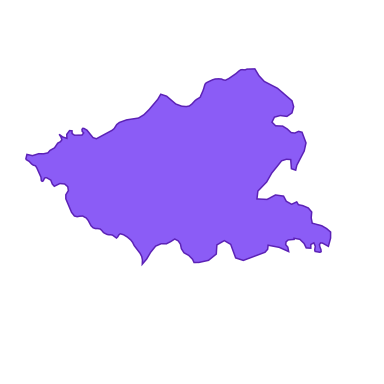 SVG path tracing the border of Bács-Kiskun, rotated 62°
{"feature_id": "HUN-3161", "entity_name": "Bács-Kiskun", "entity_type": "County", "adm_level": 1, "iso_a3": "HUN", "parent_name": "Hungary", "parent_adm1": "", "projection": "natural_earth1", "projection_center": [19.36, 46.529], "detail": "fine", "context": "isolated", "style": "filled", "palette": "violet", "viewbox_px": 384, "rotation_deg": 62, "n_neighbors": 0, "source": "natural_earth", "source_scale": "10m", "svg_char_len": 2811}
<svg xmlns="http://www.w3.org/2000/svg" viewBox="0 0 384 384"><g transform="rotate(62 192 192)"><path d="M232.4,269.8L228.8,267.7L225.4,266.7L221.8,266.6L212.2,268.2L208.6,268.1L205.6,268.6L201.5,270.2L197.6,272.5L195.2,274.9L195.5,276.7L196.7,278.6L197.2,280.3L192.8,282.4L191.6,283.8L190.8,285.4L189.6,286.9L186.8,288.9L185.4,289.4L183.6,289.7L181.5,290.5L180.1,292.3L178.9,294.5L177.2,296.1L174.4,297.0L168.3,297.0L165.2,297.6L163.8,298.6L161.9,299.8L160.7,302.4L159.9,305.0L158.0,307.1L153.4,307.9L138.8,306.6L135.2,304.7L132.7,300.5L129.0,299.2L125.1,300.7L122.5,304.7L122.3,310.9L119.4,311.6L115.2,311.1L111.2,313.6L110.7,314.4L110.5,315.1L110.7,315.9L112.0,317.7L112.4,318.6L112.2,319.3L111.2,319.7L108.0,318.4L97.8,317.7L95.4,317.9L93.7,319.6L91.9,320.5L88.5,321.4L85.7,323.1L84.7,323.1L81.3,320.1L85.0,315.8L86.2,309.4L88.5,305.3L89.8,300.9L88.6,297.8L88.5,292.7L85.8,287.6L85.8,284.6L84.8,282.4L81.8,281.9L78.7,282.2L82.6,280.4L85.9,277.3L82.3,275.5L80.3,271.3L81.6,269.2L84.1,270.4L86.7,269.1L90.1,262.5L89.0,259.9L86.9,260.5L85.0,259.7L84.5,258.5L85.2,257.5L88.1,255.7L97.5,253.9L100.1,251.4L100.0,233.6L99.5,231.0L97.1,226.8L96.5,223.5L97.6,215.9L101.6,204.5L101.2,198.1L99.1,191.2L94.1,178.7L91.0,173.7L95.5,169.4L106.7,165.0L111.4,160.8L113.9,156.9L114.8,154.0L114.3,150.9L112.7,146.3L112.4,144.5L112.3,142.0L112.0,139.9L111.0,139.0L110.4,138.1L107.6,134.6L107.0,134.0L106.4,133.3L103.5,130.5L102.5,129.1L102.3,127.4L102.4,124.6L102.6,121.1L103.1,118.5L104.5,115.5L106.1,112.9L107.6,111.8L109.0,110.1L109.1,106.2L108.1,97.5L107.2,93.8L107.0,91.6L107.5,90.3L108.3,89.1L109.1,87.7L109.3,85.8L112.8,78.7L120.7,78.3L128.3,76.3L140.6,67.8L158.4,60.9L164.4,62.2L169.1,66.6L169.8,72.7L165.9,78.2L164.6,84.1L167.9,88.6L172.8,87.1L176.4,81.0L181.1,78.3L186.1,76.6L188.2,73.6L188.5,69.4L190.9,66.8L202.2,68.3L208.5,73.7L217.6,86.9L221.4,90.2L218.1,93.3L209.7,89.6L207.4,93.3L206.5,98.3L209.4,104.9L212.7,112.7L218.2,121.4L222.1,133.4L228.6,137.9L233.8,129.2L233.8,119.7L238.6,113.1L244.5,113.1L249.6,109.8L249.9,104.2L253.2,104.0L256.0,100.6L260.7,96.8L265.9,95.7L270.8,98.9L276.0,100.5L282.8,93.2L287.5,90.3L292.4,88.4L297.8,91.3L304.0,97.1L298.3,100.8L297.3,102.4L298.3,104.2L300.7,104.9L303.4,105.2L305.3,106.0L305.3,107.3L302.3,111.2L300.8,110.9L297.8,108.6L294.1,108.3L294.1,111.7L297.4,113.5L295.0,117.4L290.0,117.2L284.4,119.0L280.8,123.6L281.8,124.1L279.5,129.5L280.2,132.4L282.5,134.0L285.7,133.3L290.0,134.6L281.8,141.0L274.7,149.8L278.1,152.1L279.5,155.8L276.5,178.8L270.7,184.4L256.4,182.4L250.1,186.3L250.4,194.9L258.2,199.7L260.1,209.5L257.4,219.1L255.2,223.3L251.7,223.1L246.5,224.6L241.9,227.6L237.1,228.0L232.6,226.7L228.7,227.1L225.4,229.3L225.8,234.3L225.7,239.0L223.2,243.5L222.7,249.5L225.8,256.8L229.9,263.5L232.4,269.8Z" fill="#8b5cf6" stroke="#5b21b6" stroke-width="1.5"/></g></svg>